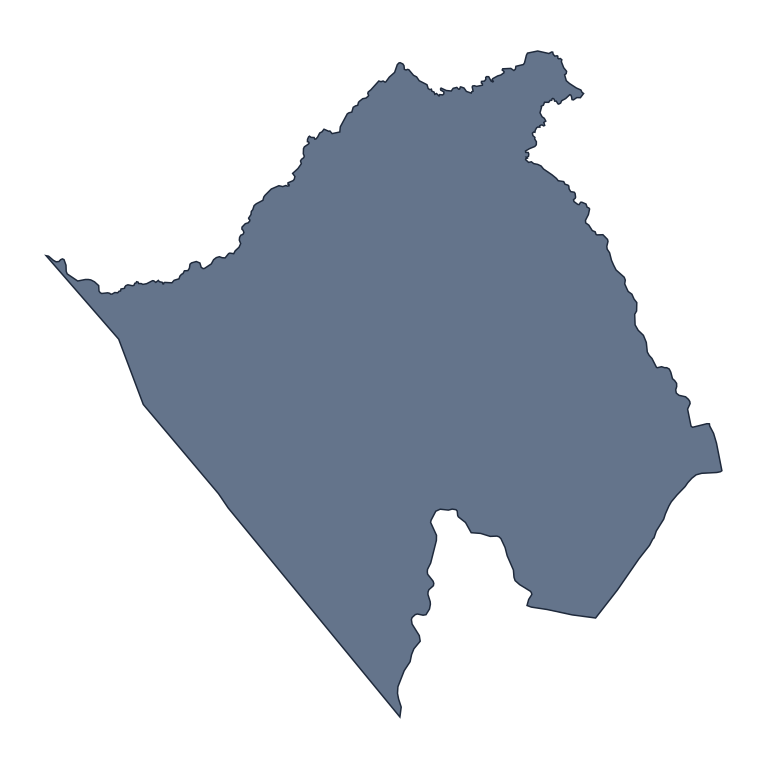 the district of Mandimba, Niassa, Mozambique
{"feature_id": "85939544B48761792497071", "entity_name": "Mandimba", "entity_type": "district", "adm_level": 2, "iso_a3": "MOZ", "parent_name": "Mozambique", "parent_adm1": "Niassa", "projection": "mercator", "projection_center": [35.973, -14.23], "detail": "fine", "context": "isolated", "style": "filled", "palette": "slate", "viewbox_px": 768, "rotation_deg": 0, "n_neighbors": 0, "source": "geoboundaries", "source_scale": "gbopen_adm2", "svg_char_len": 5993}
<svg xmlns="http://www.w3.org/2000/svg" viewBox="0 0 768 768"><path d="M691.0,426.0L687.6,409.1L690.1,403.6L689.8,401.5L688.4,399.3L685.6,396.8L679.0,395.3L676.3,393.1L675.7,389.8L676.7,386.6L676.6,383.4L674.6,380.5L672.5,378.7L670.8,372.2L669.2,369.0L666.8,367.7L664.6,367.7L661.6,366.7L657.4,367.7L656.5,367.4L652.0,358.5L649.2,355.4L647.3,352.0L646.3,342.4L643.4,335.3L638.2,330.3L635.1,324.9L634.7,314.3L636.6,311.0L636.8,302.6L634.0,299.0L631.9,294.2L628.2,291.5L627.4,289.9L624.7,283.9L625.3,280.1L624.2,277.2L616.1,270.0L613.6,265.1L611.5,260.3L609.6,252.8L607.2,249.2L606.8,246.4L608.0,241.4L607.5,239.4L602.9,234.7L597.1,234.9L596.1,234.5L595.2,231.8L592.3,230.6L588.8,225.1L585.7,222.9L585.5,220.3L588.4,214.6L589.6,209.0L588.9,208.0L587.1,207.2L586.0,204.0L581.8,202.2L580.6,202.3L579.1,204.6L577.8,204.4L574.0,201.6L573.5,199.7L575.2,198.3L575.6,197.2L575.1,193.4L574.2,192.2L570.7,191.6L569.1,188.9L568.8,186.0L567.9,185.1L565.0,184.2L563.7,181.6L558.2,180.7L556.4,178.4L552.0,174.8L543.5,169.0L541.1,166.0L537.7,164.4L533.7,163.6L531.4,161.8L528.6,162.4L525.6,159.6L525.9,158.5L527.2,158.2L526.3,157.2L527.3,157.2L528.5,156.3L528.8,154.0L528.2,152.5L525.7,152.4L525.5,151.0L529.6,148.6L534.8,146.5L536.3,144.8L536.4,141.7L534.7,139.0L534.9,137.4L532.9,135.6L532.4,133.2L533.7,132.0L534.9,132.3L535.3,130.2L536.6,127.8L537.6,127.1L539.9,127.1L539.7,125.8L540.7,125.2L541.9,124.9L543.7,125.9L544.7,125.4L543.8,122.4L545.8,121.1L544.3,118.3L542.1,116.8L540.0,112.8L541.5,107.3L541.2,106.3L543.4,105.2L544.5,102.3L548.7,102.3L550.1,100.4L551.7,100.3L552.1,98.8L552.9,98.4L554.2,99.3L554.6,101.1L556.3,101.2L557.9,103.8L558.7,104.1L560.6,103.1L561.7,100.7L565.6,98.6L569.8,94.7L570.7,95.0L571.5,96.6L572.0,99.6L573.4,99.9L576.8,97.6L580.4,97.7L583.6,93.5L582.0,92.3L580.9,90.0L576.4,88.0L569.5,83.5L566.3,80.7L564.6,74.8L566.2,73.6L566.6,71.3L563.7,67.7L561.4,61.8L561.8,59.7L560.3,58.5L558.7,58.8L557.9,58.3L557.8,56.2L557.2,55.8L554.8,56.1L553.2,54.3L552.7,52.1L551.6,52.0L548.9,53.5L537.7,51.0L527.5,53.1L526.4,55.2L524.5,62.8L523.4,64.5L515.9,66.3L515.4,69.2L513.9,70.5L510.8,68.4L502.7,68.8L502.2,70.0L504.0,71.5L503.9,72.8L500.8,75.0L497.7,75.9L492.8,78.6L492.1,79.7L493.3,81.4L492.8,81.9L491.1,81.1L488.7,76.7L486.6,76.6L485.7,77.4L485.8,79.4L484.4,81.1L481.5,81.4L481.3,82.9L482.4,83.8L482.4,85.2L476.6,86.4L474.3,85.7L472.6,86.0L472.2,87.0L473.1,91.1L471.8,91.7L471.2,93.1L466.4,91.4L464.0,88.0L461.2,87.0L460.4,86.9L459.6,89.1L458.6,89.2L456.8,87.4L453.2,88.3L451.2,91.0L446.3,90.5L441.1,88.1L440.5,89.0L440.8,90.2L443.9,91.9L443.8,93.9L442.7,94.9L439.7,94.6L439.0,95.9L436.5,93.5L434.8,94.3L434.0,92.0L431.9,91.2L431.4,89.2L429.9,89.6L428.2,88.6L427.0,84.7L419.2,80.7L416.6,76.9L413.5,75.3L408.8,69.7L407.4,69.4L406.1,70.0L404.4,69.4L404.0,65.7L402.9,64.0L400.2,62.7L399.0,62.9L397.3,64.6L394.6,72.4L389.3,77.1L385.9,81.8L385.1,82.2L383.1,81.0L381.0,81.7L378.8,81.0L370.8,89.9L368.2,92.0L367.8,93.4L368.6,95.5L368.1,96.3L365.9,98.1L362.7,98.7L359.4,101.3L358.5,102.3L357.7,105.3L355.5,105.9L353.2,107.3L351.8,112.1L348.9,112.8L347.3,113.8L340.3,126.8L339.8,132.0L332.1,133.6L329.9,131.0L328.8,131.3L324.0,129.2L322.0,131.8L319.7,133.0L317.6,137.1L315.9,139.0L314.8,139.1L314.1,137.5L311.1,137.4L309.5,136.2L308.6,136.9L307.5,139.4L307.4,141.7L308.5,141.9L309.1,143.0L308.5,144.0L304.4,146.8L303.5,148.6L303.3,153.8L304.3,156.1L303.7,157.7L301.5,159.3L300.5,161.0L301.3,163.6L301.0,164.2L297.9,168.6L292.6,173.4L294.9,176.5L294.2,179.4L293.0,180.7L288.0,182.8L288.0,184.3L289.1,184.8L289.0,185.8L287.3,186.1L285.9,185.5L282.7,186.6L278.9,185.7L271.3,189.0L264.9,195.4L263.8,197.0L262.9,200.3L256.2,203.8L254.1,205.6L252.7,209.8L251.3,211.4L251.0,214.5L248.6,218.1L248.7,218.8L249.8,219.8L249.8,220.9L248.2,222.8L245.3,223.7L242.0,227.1L241.9,229.1L243.2,230.5L243.9,232.6L242.9,234.4L240.8,235.2L239.6,237.3L239.3,240.1L240.7,243.6L239.0,247.3L235.2,250.8L233.7,253.7L229.8,253.1L228.6,253.6L225.1,257.9L222.1,257.7L219.4,256.7L216.3,257.6L213.6,259.7L211.3,263.9L204.5,268.4L203.1,268.6L201.2,267.3L199.9,263.0L196.3,261.5L191.5,262.9L190.0,264.2L189.4,268.2L187.9,270.6L184.4,270.8L183.0,273.6L181.5,274.3L179.9,276.1L179.0,278.8L174.1,280.3L171.9,282.8L164.7,282.4L164.0,282.7L163.6,283.9L162.9,283.9L162.2,282.3L159.4,281.7L158.3,280.4L155.8,282.4L153.7,280.8L152.5,280.7L146.6,283.7L142.8,284.4L141.4,283.6L138.6,283.5L138.1,282.1L136.6,281.7L135.9,283.1L134.8,283.3L133.9,285.4L132.4,285.7L127.9,284.8L125.9,285.6L124.9,286.8L124.5,288.3L121.0,289.0L120.5,291.0L119.1,291.2L117.7,292.8L114.8,292.5L112.0,294.1L110.5,294.1L109.8,293.3L107.7,292.8L101.7,293.5L100.1,292.6L99.0,291.0L98.7,285.6L94.5,281.8L90.8,279.9L88.4,279.5L85.3,279.5L77.7,281.0L67.2,273.9L66.2,271.3L66.0,265.2L64.0,259.6L62.4,258.9L60.6,259.7L59.0,261.5L56.1,261.8L53.5,260.4L48.6,256.2L46.1,255.7L118.7,339.2L143.3,404.5L218.5,493.7L228.2,508.0L399.9,717.0L401.2,707.1L398.6,699.0L397.5,693.4L397.9,686.8L404.2,670.7L410.1,661.7L411.6,654.5L413.9,648.8L420.2,641.2L419.3,635.6L412.1,624.1L411.4,619.6L412.1,617.5L415.3,614.6L417.4,614.0L423.1,615.2L426.0,614.7L429.5,609.0L430.4,604.2L430.2,601.7L427.9,594.3L428.1,591.8L428.9,589.7L433.4,585.7L433.8,583.4L433.1,581.2L427.6,574.2L427.3,571.8L427.5,569.4L430.7,563.0L436.4,540.4L436.5,535.3L430.6,522.4L431.1,520.2L435.8,511.2L440.2,509.2L448.4,510.1L452.2,509.1L456.0,509.7L457.2,511.0L457.7,515.6L458.4,516.9L465.5,522.5L471.2,532.7L480.6,533.4L490.2,536.4L496.9,536.1L499.0,536.8L500.9,538.6L505.1,547.6L507.2,555.8L513.4,570.0L514.0,577.3L515.1,580.6L519.6,584.6L530.3,591.2L531.4,592.6L531.8,594.5L528.7,599.4L527.0,605.5L531.3,607.1L547.1,609.5L572.2,614.9L595.6,618.0L617.4,590.0L639.1,558.6L649.5,545.4L652.7,539.2L654.0,537.9L656.3,531.0L663.7,519.2L665.4,513.9L668.9,506.0L671.3,501.8L676.9,495.1L685.1,486.6L687.8,482.7L691.9,478.2L696.2,474.8L701.7,473.3L716.8,472.5L720.5,471.7L721.9,470.7L716.5,443.2L713.6,433.4L709.7,426.0L709.4,423.8L706.9,423.7L692.5,427.3L691.0,426.0Z" fill="#64748b" stroke="#1e293b" stroke-width="1.5"/></svg>